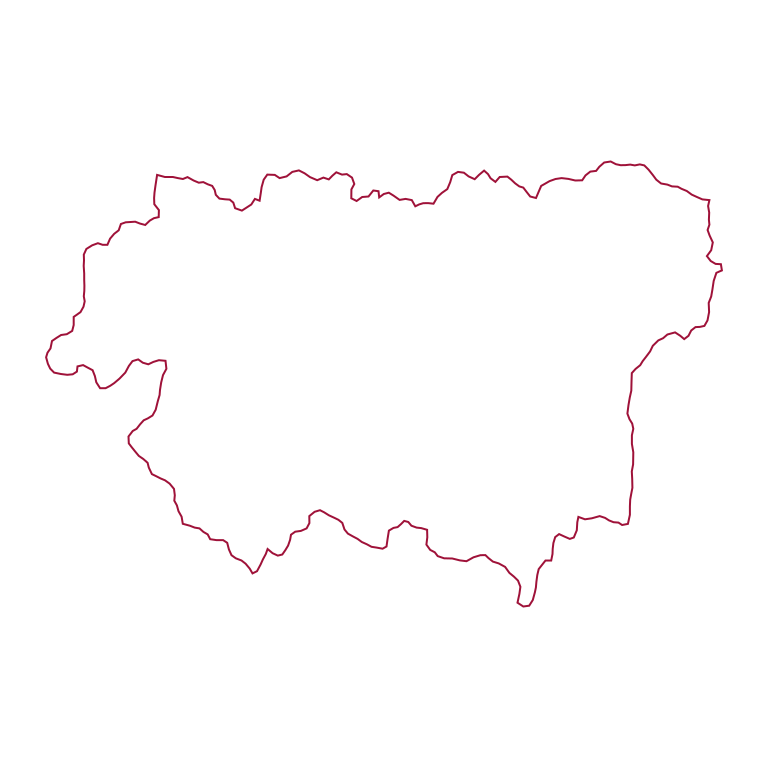 the district of Piumhi, Minas Gerais, Brazil
{"feature_id": "56859067B73067757776570", "entity_name": "Piumhi", "entity_type": "district", "adm_level": 2, "iso_a3": "BRA", "parent_name": "Brazil", "parent_adm1": "Minas Gerais", "projection": "natural_earth1", "projection_center": [-46.063, -20.459], "detail": "fine", "context": "isolated", "style": "outline", "palette": "rose", "viewbox_px": 768, "rotation_deg": 0, "n_neighbors": 0, "source": "geoboundaries", "source_scale": "gbopen_adm2", "svg_char_len": 4830}
<svg xmlns="http://www.w3.org/2000/svg" viewBox="0 0 768 768"><path d="M352.0,177.6L346.8,174.1L342.0,174.6L336.3,172.3L332.4,175.7L328.8,179.4L323.4,177.6L317.2,180.2L310.0,177.1L304.6,173.3L298.9,170.4L292.3,171.9L286.6,176.4L279.6,178.1L274.8,174.9L267.3,174.6L263.7,179.7L261.6,187.2L260.8,192.9L259.6,200.7L254.9,198.9L251.3,204.5L246.7,207.5L241.9,210.6L235.1,208.2L233.3,202.6L229.7,199.6L225.1,199.3L219.4,198.6L215.8,194.8L214.7,190.0L212.2,185.9L207.8,184.3L203.3,182.1L198.8,182.7L193.6,180.5L187.5,177.1L182.9,179.0L177.9,178.1L172.9,177.0L164.9,177.0L157.1,174.9L155.5,185.4L154.5,192.6L154.1,198.0L154.3,204.2L158.9,210.1L158.7,217.1L153.9,218.2L149.8,220.6L145.2,225.0L139.8,223.5L135.2,221.7L130.7,222.0L125.7,222.3L120.9,224.0L118.7,230.3L114.2,233.8L110.1,238.6L107.4,244.8L102.6,244.8L97.9,243.2L92.2,245.3L86.4,248.9L83.8,254.6L84.0,260.4L83.7,265.9L84.2,273.6L84.2,280.1L84.4,285.7L84.3,291.0L83.8,296.3L84.7,301.3L83.5,306.7L80.5,312.1L73.7,316.9L73.7,325.0L72.2,330.9L66.8,334.2L61.1,335.0L56.5,337.9L52.0,341.0L50.5,348.4L47.5,352.7L46.1,357.3L47.9,363.8L50.2,368.6L54.1,372.6L60.9,374.0L67.2,374.8L72.7,374.3L76.9,371.6L77.5,366.4L83.1,365.1L87.5,367.5L92.6,370.2L94.9,376.1L96.3,382.3L100.1,388.2L105.6,388.2L110.2,385.8L114.2,383.1L119.5,378.6L125.3,372.6L128.9,365.9L132.5,361.1L138.2,359.4L142.8,362.7L148.3,364.3L153.4,361.9L158.9,360.2L165.5,360.8L166.4,368.8L163.0,375.1L161.2,382.4L160.0,389.9L159.6,395.0L157.8,401.2L155.7,409.7L152.5,415.5L147.8,418.4L143.7,420.3L140.1,424.3L136.6,428.8L132.7,431.0L128.5,436.5L128.8,443.4L131.7,447.2L135.0,451.3L138.8,455.9L143.3,459.0L147.6,462.8L148.8,467.6L151.9,474.1L156.4,476.3L160.5,478.4L165.0,480.3L169.6,483.6L174.0,488.9L174.8,495.3L174.3,500.7L176.9,505.4L178.5,511.2L181.6,516.7L182.8,523.8L189.8,525.7L194.7,527.6L199.5,528.4L203.4,531.9L207.7,534.4L210.2,539.2L216.3,540.1L223.1,540.1L227.2,542.8L228.9,549.4L231.5,555.2L235.8,558.3L241.5,560.5L245.6,563.7L249.7,568.6L252.5,573.4L257.0,571.2L260.6,564.5L262.9,559.4L265.8,554.0L267.6,549.0L272.6,553.2L277.8,555.6L282.3,554.5L285.3,550.2L288.1,545.6L290.1,539.8L291.0,534.7L295.2,531.7L300.9,530.9L306.6,528.4L309.4,523.1L309.3,516.1L314.6,511.8L320.0,510.2L324.1,512.3L328.9,515.3L334.5,517.9L338.4,519.8L342.3,522.9L344.5,529.5L347.9,533.6L352.7,536.3L357.6,538.9L361.8,542.0L366.9,544.3L371.5,546.8L376.7,547.6L382.6,548.7L386.5,546.5L387.6,538.7L388.9,530.6L393.5,527.9L397.6,527.1L401.0,524.1L404.2,520.9L408.3,522.0L411.4,525.7L416.6,527.6L421.2,528.1L427.1,529.8L427.3,537.3L426.4,544.6L430.2,549.9L434.8,552.3L437.7,556.1L444.1,558.3L452.3,558.5L459.9,560.4L466.5,561.2L473.5,557.3L480.4,555.2L485.4,555.1L488.5,558.1L492.9,561.6L498.7,563.4L505.1,566.9L509.4,572.9L513.9,576.6L518.0,580.6L520.4,586.8L519.4,593.9L517.5,602.7L523.3,606.5L529.2,605.7L532.8,600.0L534.9,592.3L535.9,587.5L536.4,581.8L537.3,575.0L538.7,569.1L541.7,565.3L545.5,560.5L551.2,560.5L552.5,554.0L552.7,548.9L553.4,543.0L555.2,537.1L559.1,534.1L564.3,536.5L569.8,538.9L573.8,537.5L576.8,530.3L577.3,522.2L578.4,516.9L585.0,519.3L591.8,518.3L599.7,516.1L605.1,517.9L609.0,520.4L613.5,522.2L618.5,522.6L622.1,525.0L627.9,523.9L629.9,514.8L629.9,506.4L630.2,499.6L631.2,494.0L632.4,487.8L632.2,478.9L631.8,471.4L633.1,464.4L633.3,452.3L631.9,443.9L631.9,435.3L633.3,428.8L632.2,423.6L629.5,419.2L627.4,413.6L628.5,405.0L629.8,397.4L631.3,390.7L631.5,382.4L631.8,373.1L635.6,368.9L640.2,365.2L642.7,361.1L645.9,357.0L650.1,351.4L652.8,345.8L658.3,340.4L663.1,338.2L667.4,334.5L675.1,332.4L680.3,335.8L684.2,339.1L688.5,335.8L691.2,330.5L695.5,327.1L699.9,326.9L704.4,325.9L707.5,320.4L709.1,312.1L708.7,302.9L711.2,296.5L712.4,289.6L713.7,280.9L716.4,272.8L721.9,270.4L720.9,264.2L715.6,263.9L710.7,261.0L706.9,256.1L711.2,250.2L712.8,242.4L709.6,235.5L707.6,230.0L709.4,224.7L708.9,219.7L709.2,212.6L708.1,206.0L709.4,200.1L702.4,199.4L696.7,196.9L691.7,194.6L686.8,191.0L681.5,188.8L677.7,186.7L672.0,186.4L667.4,184.6L661.1,183.5L656.3,179.7L652.9,175.1L648.6,169.7L644.3,165.4L639.8,164.4L634.8,165.4L630.2,164.6L625.5,165.1L620.7,165.2L615.9,164.2L610.7,161.5L604.2,162.5L599.3,166.8L596.1,170.9L590.3,171.6L585.5,175.4L582.2,180.3L575.3,180.5L568.4,178.9L561.6,178.1L555.5,179.0L549.6,181.1L544.9,183.8L541.2,185.9L539.2,190.5L536.0,198.0L530.2,196.5L526.5,191.8L523.3,187.6L519.3,186.4L515.1,183.3L511.3,179.7L507.4,176.6L499.7,177.0L495.4,181.9L490.6,178.3L488.0,174.1L484.1,170.6L479.0,174.9L474.7,179.2L468.6,176.4L463.9,172.7L458.0,171.9L452.3,175.1L450.2,182.2L447.3,189.1L441.9,192.9L437.5,196.9L433.5,203.7L428.0,203.1L423.2,203.2L419.2,204.4L415.3,206.3L411.8,200.1L405.6,198.9L399.6,199.9L393.5,195.6L388.8,192.7L383.8,194.0L379.2,197.4L378.5,191.2L373.3,190.5L368.5,196.5L362.2,197.0L356.6,201.0L351.3,198.3L351.4,189.4L354.3,184.0L352.0,177.6Z" fill="none" stroke="#9f1239" stroke-width="2"/></svg>